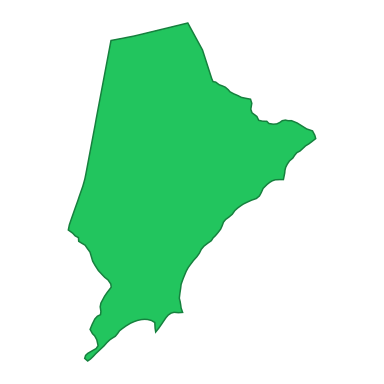 Maceió, Alagoas, Brazil
{"feature_id": "56859067B19267714233978", "entity_name": "Maceió", "entity_type": "district", "adm_level": 2, "iso_a3": "BRA", "parent_name": "Brazil", "parent_adm1": "Alagoas", "projection": "orthographic", "projection_center": [-35.697, -9.542], "detail": "fine", "context": "isolated", "style": "filled", "palette": "green", "viewbox_px": 384, "rotation_deg": 0, "n_neighbors": 0, "source": "geoboundaries", "source_scale": "gbopen_adm2", "svg_char_len": 2210}
<svg xmlns="http://www.w3.org/2000/svg" viewBox="0 0 384 384"><path d="M187.8,23.0L133.8,36.1L111.0,40.5L96.2,118.9L95.1,125.1L85.9,173.9L84.9,178.8L84.0,182.1L82.8,186.3L79.3,196.3L77.8,200.8L75.5,207.2L71.2,219.4L69.4,224.7L68.3,230.0L72.6,233.1L75.2,235.9L78.4,237.6L78.7,241.3L81.4,243.0L85.1,245.2L87.5,248.7L90.0,252.1L92.7,261.2L95.0,265.3L98.4,270.6L102.5,275.0L104.7,277.3L108.0,279.9L110.8,284.0L111.2,287.2L109.3,289.7L107.2,292.4L104.6,296.2L100.9,303.1L100.2,306.8L100.9,311.5L100.5,314.7L97.4,316.2L94.9,318.9L92.2,324.3L90.1,329.4L92.5,333.7L94.7,335.9L96.8,339.8L98.1,345.7L96.1,348.6L91.8,351.0L87.7,353.4L85.6,355.4L84.7,358.4L87.7,361.0L90.5,359.0L93.2,356.4L95.7,353.7L100.8,348.9L104.0,345.9L106.8,342.7L109.7,339.9L112.5,338.0L115.3,336.3L117.7,333.4L119.5,330.8L122.0,328.8L125.9,326.0L130.5,323.2L134.4,321.5L137.6,320.4L141.2,319.6L144.6,319.3L147.7,319.5L151.5,320.5L154.8,322.5L155.1,328.2L155.7,332.0L158.6,328.4L161.6,324.1L163.9,320.7L166.1,317.5L168.3,315.0L171.1,313.1L174.1,312.3L178.5,312.7L182.6,312.4L181.1,308.0L180.7,305.0L180.2,301.9L179.3,298.2L179.9,293.2L180.6,288.6L181.1,284.4L182.2,281.2L183.3,278.2L184.5,275.3L186.3,271.0L188.3,267.4L190.5,264.4L193.6,260.3L196.8,256.8L199.3,253.3L201.3,249.3L204.0,246.1L207.6,243.3L211.3,240.7L213.1,237.9L215.4,235.7L218.0,232.6L220.6,229.2L222.1,225.9L223.5,222.1L225.6,219.5L228.9,217.1L232.3,214.2L234.9,210.5L237.7,208.0L240.7,205.8L243.4,204.0L246.9,202.3L251.5,200.2L256.4,198.5L259.4,196.0L261.3,192.5L263.1,188.4L267.1,184.4L269.8,182.3L272.3,180.8L275.2,179.8L279.4,179.6L283.4,179.6L284.7,173.1L285.0,170.1L285.7,167.3L287.2,164.3L289.5,160.9L292.9,158.0L294.5,155.5L296.8,152.7L300.0,151.0L302.0,149.2L305.5,145.9L309.1,143.7L312.2,141.3L315.7,138.6L314.8,135.3L312.5,130.9L306.6,128.9L302.0,126.0L297.2,123.0L291.6,120.7L288.1,120.7L285.4,120.1L282.2,120.7L279.9,122.4L276.8,123.9L273.3,124.2L268.9,123.5L266.8,121.3L262.5,121.2L258.7,120.3L256.9,116.5L252.0,112.8L250.8,109.2L251.8,103.3L250.5,99.2L245.8,98.3L241.4,97.4L237.9,95.6L233.7,93.8L230.0,91.8L228.2,89.7L225.3,87.2L222.6,86.0L219.1,84.7L215.7,82.1L213.0,81.6L211.7,78.6L202.5,50.0L187.8,23.0Z" fill="#22c55e" stroke="#15803d" stroke-width="1.5"/></svg>